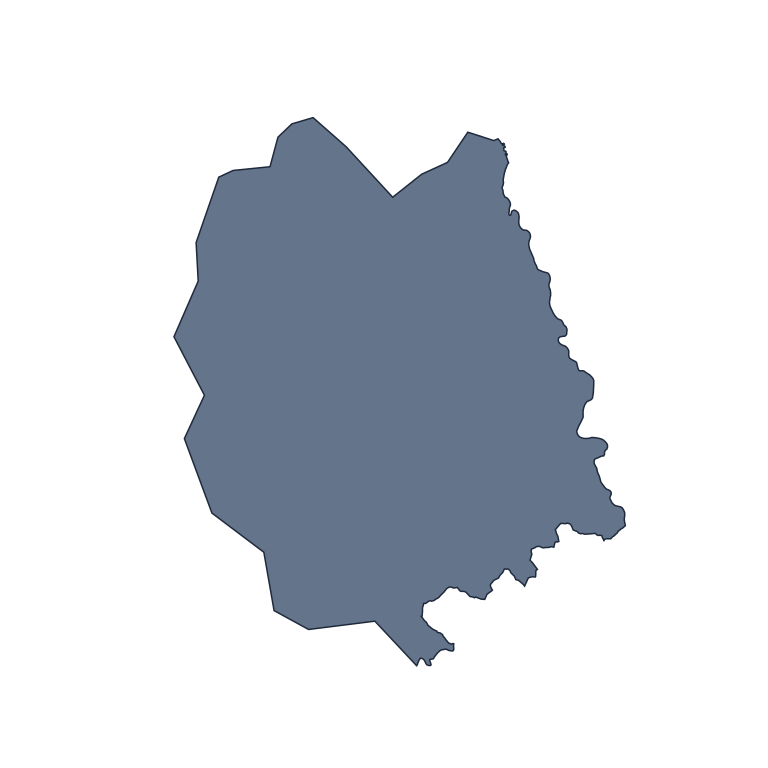 Xu'der, Selenge, Mongolia (Equal Earth projection), rotated 65°
{"feature_id": "93677404B85360121708910", "entity_name": "Xu'der", "entity_type": "district", "adm_level": 2, "iso_a3": "MNG", "parent_name": "Mongolia", "parent_adm1": "Selenge", "projection": "equal_earth", "projection_center": [107.738, 49.736], "detail": "fine", "context": "isolated", "style": "filled", "palette": "slate", "viewbox_px": 768, "rotation_deg": 65, "n_neighbors": 0, "source": "geoboundaries", "source_scale": "gbopen_adm2", "svg_char_len": 6146}
<svg xmlns="http://www.w3.org/2000/svg" viewBox="0 0 768 768"><g transform="rotate(65 384 384)"><path d="M112.6,335.7L109.3,357.5L115.5,375.8L138.9,395.5L126.7,430.5L126.7,446.3L176.4,494.5L212.2,508.9L252.4,554.4L318.3,551.5L349.1,588.0L428.3,594.5L485.7,564.0L542.9,579.4L574.6,556.1L595.1,492.5L653.1,473.5L652.5,472.4L652.4,472.4L651.1,471.2L649.0,468.8L648.0,466.8L648.1,466.4L648.9,465.4L649.8,464.8L651.4,464.2L655.9,464.1L656.8,463.7L657.7,462.8L658.7,461.2L658.7,460.7L658.6,460.3L658.1,459.9L653.5,459.3L653.1,458.9L653.0,458.4L653.9,455.9L653.9,455.4L652.7,453.7L650.3,449.0L649.2,445.3L649.4,443.5L649.7,442.9L650.3,440.2L651.1,439.3L652.9,437.9L655.0,434.7L654.8,433.7L654.2,433.1L652.9,432.4L651.1,431.8L649.7,431.1L649.0,430.5L648.6,430.8L648.5,431.4L648.2,431.7L648.3,433.1L646.8,434.0L646.2,434.9L643.8,435.5L643.4,435.5L642.8,435.8L641.8,435.9L641.6,436.0L640.0,436.3L638.8,436.5L638.0,436.9L637.0,437.0L636.5,436.9L635.6,436.9L634.7,437.7L633.9,437.9L633.5,438.2L632.5,439.4L632.2,440.0L631.8,440.5L631.5,440.6L630.6,440.5L630.0,440.7L629.1,441.7L627.0,443.3L625.0,444.3L624.4,444.7L623.7,444.9L622.9,445.4L621.9,445.7L621.1,446.2L619.3,446.2L617.5,446.4L615.6,447.4L613.9,447.6L611.8,448.1L610.4,448.5L610.2,448.5L610.2,448.2L610.3,448.0L610.6,447.9L610.6,447.7L606.6,445.3L603.1,443.7L601.0,441.7L599.6,440.8L599.6,440.5L600.5,439.1L599.7,434.6L599.9,433.9L600.9,432.7L601.4,430.2L600.8,427.6L600.9,426.2L600.3,423.7L599.8,422.9L598.0,417.8L595.8,413.3L595.7,410.2L596.5,408.9L598.4,407.1L599.4,403.5L603.4,402.7L604.5,401.8L605.7,399.3L607.1,397.8L613.1,395.8L614.3,393.8L616.0,392.3L615.8,391.0L620.1,386.8L621.8,383.7L618.1,379.5L616.9,373.4L616.7,372.9L613.0,373.1L610.8,372.4L608.3,367.2L608.3,362.3L606.4,359.7L605.0,356.0L602.5,353.1L603.7,351.1L603.8,349.9L605.9,348.8L609.1,348.7L613.2,347.1L617.1,347.2L618.7,345.1L624.7,342.4L626.6,342.0L620.7,335.1L621.4,330.8L622.9,328.6L622.4,327.8L617.4,325.3L616.8,323.3L608.5,325.0L605.5,326.2L600.7,321.9L598.2,321.5L596.0,320.2L596.2,316.4L595.8,314.6L596.8,311.8L599.7,309.2L600.7,306.2L601.8,303.6L602.2,300.8L603.7,299.1L600.1,296.2L599.6,294.7L600.5,293.6L600.6,292.1L595.6,290.8L593.0,290.8L592.0,290.8L590.0,290.4L588.5,290.4L585.6,284.2L585.1,282.5L587.4,278.3L587.6,276.4L589.7,274.4L592.0,274.0L596.3,274.2L599.5,271.1L601.3,270.7L602.9,269.0L603.4,267.2L604.8,265.8L606.7,261.3L608.6,255.8L611.2,254.6L612.0,253.5L612.2,252.4L613.5,250.6L615.3,251.0L617.4,250.8L619.5,251.0L618.3,250.3L618.0,249.2L618.3,247.7L620.1,243.9L619.1,241.6L618.8,239.3L618.5,238.5L618.1,237.7L617.8,236.2L617.5,235.5L617.1,234.8L616.4,234.2L616.1,232.0L615.5,230.5L615.5,229.3L615.3,228.2L614.4,225.1L609.0,223.8L607.2,222.9L604.4,221.1L602.1,220.2L599.4,220.1L597.0,220.4L595.3,221.5L592.3,225.4L590.9,226.5L588.3,227.5L583.7,227.7L582.7,227.4L581.8,226.8L580.1,224.8L578.2,223.9L576.5,224.2L574.9,225.2L573.3,226.8L571.1,227.6L564.9,228.9L559.6,228.0L557.5,227.8L554.2,227.8L552.8,227.4L550.3,226.8L545.7,227.1L544.1,226.9L542.3,225.9L541.1,224.5L541.3,221.4L541.3,218.3L541.4,216.9L542.0,215.3L541.0,213.9L538.9,212.9L538.1,212.0L537.5,211.0L537.3,209.7L535.8,208.2L535.1,207.8L534.2,207.4L532.3,207.2L530.2,207.7L527.8,208.7L526.4,209.6L524.7,211.4L523.6,212.8L521.6,215.8L520.3,218.2L520.1,219.0L520.0,220.7L518.7,224.1L517.7,225.9L516.3,227.7L514.9,228.8L513.1,229.7L510.4,229.8L508.5,229.4L507.8,229.0L505.8,226.7L505.0,226.0L501.7,221.7L498.3,217.6L492.6,215.0L490.0,213.1L487.4,210.5L485.8,207.7L485.8,203.2L485.4,201.9L484.8,201.0L480.8,198.2L472.7,193.9L469.4,192.4L468.1,192.3L466.7,192.4L464.0,193.2L462.5,193.8L460.3,195.3L456.6,197.4L456.0,198.3L454.8,201.0L454.0,201.6L452.0,201.6L449.3,201.1L446.6,200.5L445.7,200.5L444.8,200.8L440.9,203.8L439.5,204.6L438.5,204.9L436.8,204.7L435.7,204.3L434.1,203.5L432.4,202.7L431.5,202.5L430.1,202.5L427.8,203.0L426.2,203.8L423.8,206.2L421.7,207.5L420.0,207.9L418.2,207.6L417.1,207.1L416.0,206.0L415.7,204.5L416.2,202.3L417.0,200.2L417.0,199.3L416.7,198.4L416.0,197.4L415.5,197.1L414.0,196.3L412.9,195.6L411.7,195.0L408.9,194.9L406.5,196.0L404.2,196.0L403.4,196.0L402.3,196.1L401.5,196.3L400.7,196.7L398.7,198.7L397.4,199.4L394.1,200.3L390.7,200.7L388.0,200.6L387.4,200.8L383.1,200.5L381.3,200.0L379.4,199.3L377.6,197.9L375.8,197.0L375.3,196.5L374.7,195.9L374.3,195.6L371.4,194.3L368.7,193.5L366.8,193.5L364.8,193.1L364.0,192.7L363.0,192.1L361.5,190.6L360.4,189.7L359.1,188.9L356.6,188.2L355.7,188.1L353.7,188.3L353.0,188.5L352.5,188.9L351.9,189.5L349.3,192.6L345.7,195.8L345.0,196.1L344.1,196.3L341.5,195.9L338.7,196.1L337.1,196.0L335.4,195.9L333.6,195.3L328.0,195.1L323.3,195.0L319.7,194.2L317.7,193.4L315.5,191.9L314.7,190.9L312.4,188.9L310.2,188.3L308.8,188.2L308.1,188.3L307.2,188.6L305.9,189.2L305.1,189.7L304.4,190.7L303.3,192.6L301.9,193.5L299.6,194.3L296.9,194.3L294.5,193.6L289.6,190.9L287.1,190.2L285.8,190.1L285.0,190.2L283.8,190.7L282.1,191.7L281.4,192.6L281.3,194.6L281.7,195.4L282.4,196.0L284.3,197.6L284.5,198.4L284.3,198.8L283.7,199.0L282.5,199.0L280.7,197.7L278.2,196.4L276.9,195.4L275.7,194.1L274.9,193.6L273.2,193.0L271.4,193.0L269.3,193.2L267.7,193.8L266.9,194.2L265.9,195.3L263.0,195.5L261.7,195.4L258.9,194.4L256.0,194.1L255.6,193.9L255.4,193.6L254.4,192.3L251.9,190.5L249.9,190.0L248.6,189.2L244.2,186.1L242.9,185.0L241.4,183.6L240.8,183.3L240.5,183.0L240.2,182.4L237.4,179.6L236.6,178.5L236.4,177.8L236.3,177.6L236.0,177.5L235.2,177.5L234.5,177.6L232.3,177.2L231.6,177.3L230.9,177.2L230.1,177.0L228.9,176.6L228.6,176.3L228.2,175.4L227.9,175.3L227.6,175.2L227.3,175.4L227.2,175.7L227.3,176.1L228.0,176.9L227.8,177.1L227.4,177.1L227.0,176.8L226.0,175.7L225.4,175.3L224.6,175.2L224.3,175.5L223.7,176.2L223.3,176.6L222.5,176.5L221.7,176.1L220.7,175.8L220.5,175.6L220.7,174.8L220.8,174.4L220.4,174.0L219.8,173.9L219.5,174.1L218.9,174.4L218.1,175.3L217.8,175.4L217.6,175.4L217.3,175.2L217.4,174.9L217.7,173.9L217.6,173.6L217.2,173.5L216.9,173.7L216.4,174.0L216.1,175.8L215.8,176.0L213.1,176.2L211.9,176.6L211.1,176.8L210.4,177.0L210.0,177.0L209.9,177.8L209.9,179.0L209.8,181.6L191.2,201.6L210.0,232.8L209.8,261.2L218.4,297.2L153.1,318.0L112.6,335.7Z" fill="#64748b" stroke="#1e293b" stroke-width="1.5"/></g></svg>